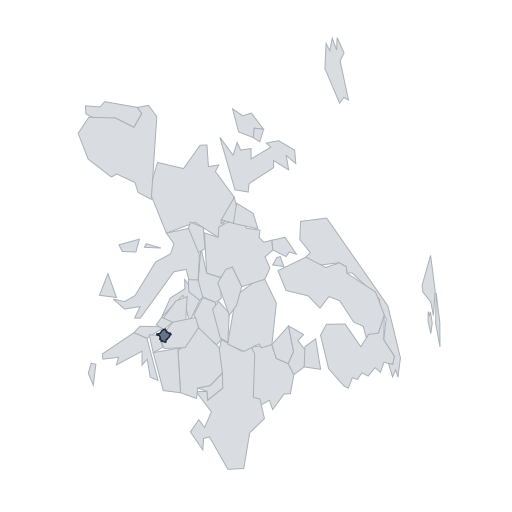 Europe, with Kosovo highlighted, rotated 85°
{"feature_id": "XKX", "entity_name": "Kosovo", "entity_type": "country or territory", "adm_level": 0, "iso_a3": "XKX", "parent_name": "Europe", "parent_adm1": "", "projection": "equal_earth", "projection_center": [20.84, 42.557], "detail": "fine", "context": "in_parent", "style": "filled", "palette": "slate", "viewbox_px": 512, "rotation_deg": 85, "n_neighbors": 37, "source": "natural_earth", "source_scale": "50m", "svg_char_len": 8330}
<svg xmlns="http://www.w3.org/2000/svg" viewBox="0 0 512 512"><g transform="rotate(85 256 256)"><path d="M270.6,82.0L306.2,80.6L330.9,84.4L317.1,85.9L306.4,92.9L299.7,93.1L270.6,82.0ZM388.4,130.5L373.7,133.6L375.8,129.3L368.0,126.9L350.6,136.1L329.5,131.7L321.2,137.7L309.9,136.6L281.2,161.8L281.0,167.0L274.7,166.9L270.0,173.7L270.7,196.5L261.5,206.5L257.4,201.6L243.4,210.9L225.4,208.6L224.4,182.3L317.2,129.0L370.1,121.0L389.0,125.2L381.5,126.8L388.4,130.5ZM362.6,80.6L338.9,82.9L308.3,79.8L338.3,78.7L362.6,80.6ZM348.4,88.6L336.2,90.3L326.4,89.3L330.2,88.3L326.9,87.1L338.3,86.3L348.4,88.6Z" fill="#d9dde1" stroke="#a8b0b8" stroke-width="1"/><path d="M195.7,272.5L234.1,292.1L217.2,313.8L225.4,343.3L181.5,356.7L154.2,345.9L162.6,320.6L140.8,302.1L141.1,295.2L162.8,295.6L162.0,285.1L168.3,289.1L195.7,272.5ZM234.2,364.3L239.8,350.0L237.6,366.4L234.2,364.3Z" fill="#d9dde1" stroke="#a8b0b8" stroke-width="1"/><path d="M261.5,206.5L273.5,187.4L270.0,173.7L274.7,166.9L281.0,167.0L302.3,140.1L325.9,133.3L343.5,140.6L346.1,153.4L335.4,155.3L330.4,164.4L307.8,176.5L302.8,187.0L313.5,196.8L300.2,207.6L293.0,229.1L272.5,235.4L261.5,206.5Z" fill="#d9dde1" stroke="#a8b0b8" stroke-width="1"/><path d="M377.4,228.6L396.2,233.8L395.9,240.1L410.4,252.8L400.8,255.3L404.9,263.9L396.6,271.0L346.2,268.6L345.6,247.9L359.8,244.7L366.0,233.3L377.4,228.6Z" fill="#d9dde1" stroke="#a8b0b8" stroke-width="1"/><path d="M433.2,324.1L444.6,325.9L425.5,336.7L414.2,327.3L422.3,322.2L407.5,314.0L385.9,327.5L386.7,316.5L395.4,316.7L384.6,300.6L356.7,304.1L336.2,297.7L349.3,279.1L346.2,268.6L353.5,265.8L396.6,271.0L398.8,264.5L418.7,261.8L431.6,277.7L466.6,286.7L466.1,302.6L432.2,318.1L433.2,324.1Z" fill="#d9dde1" stroke="#a8b0b8" stroke-width="1"/><path d="M345.6,247.9L348.0,258.7L343.8,260.5L350.0,276.6L341.2,292.0L293.4,279.1L279.3,256.1L280.0,249.3L304.7,239.8L345.6,247.9Z" fill="#d9dde1" stroke="#a8b0b8" stroke-width="1"/><path d="M298.7,300.5L291.2,314.2L280.9,316.6L243.0,310.2L268.7,306.7L274.2,293.4L295.3,294.3L298.7,300.5Z" fill="#d9dde1" stroke="#a8b0b8" stroke-width="1"/><path d="M336.2,297.7L340.8,302.8L328.4,317.7L309.2,323.1L292.7,312.6L298.7,300.5L336.2,297.7Z" fill="#d9dde1" stroke="#a8b0b8" stroke-width="1"/><path d="M369.5,299.6L384.6,300.6L395.4,316.7L386.7,316.5L382.4,325.7L381.1,313.0L369.5,299.6Z" fill="#d9dde1" stroke="#a8b0b8" stroke-width="1"/><path d="M382.4,325.7L392.8,327.6L385.6,343.1L343.0,342.0L322.4,319.5L344.0,300.8L369.5,299.6L381.1,313.0L382.4,325.7Z" fill="#d9dde1" stroke="#a8b0b8" stroke-width="1"/><path d="M366.0,233.3L359.8,244.7L345.6,247.9L328.5,229.7L354.6,226.9L366.0,233.3Z" fill="#d9dde1" stroke="#a8b0b8" stroke-width="1"/><path d="M370.7,217.7L377.4,228.6L366.0,233.3L354.6,226.9L328.5,229.7L338.4,215.4L343.9,221.6L356.2,213.7L370.7,217.7Z" fill="#d9dde1" stroke="#a8b0b8" stroke-width="1"/><path d="M374.5,201.5L370.7,217.7L350.5,215.1L343.7,203.8L374.5,201.5Z" fill="#d9dde1" stroke="#a8b0b8" stroke-width="1"/><path d="M280.0,249.3L285.3,272.9L265.0,280.6L274.2,293.4L268.7,306.7L228.5,305.3L234.1,292.1L223.8,290.4L220.1,281.8L221.2,266.2L227.6,262.8L230.7,249.8L237.7,251.3L242.9,247.0L241.7,238.8L251.4,238.7L257.8,247.1L269.1,243.1L280.0,249.3Z" fill="#d9dde1" stroke="#a8b0b8" stroke-width="1"/><path d="M340.8,337.9L343.0,342.0L385.6,343.1L382.0,360.1L343.3,366.8L340.8,337.9Z" fill="#d9dde1" stroke="#a8b0b8" stroke-width="1"/><path d="M370.6,429.3L358.2,433.3L348.4,429.5L349.9,425.0L370.6,429.3ZM328.4,371.8L371.4,364.5L367.4,372.0L349.3,373.4L354.8,379.1L340.9,377.8L352.3,404.6L345.0,401.8L345.4,417.5L340.2,417.6L321.7,384.2L328.4,371.8Z" fill="#d9dde1" stroke="#a8b0b8" stroke-width="1"/><path d="M328.4,371.8L321.7,384.2L315.9,377.8L318.6,353.2L328.4,371.8Z" fill="#d9dde1" stroke="#a8b0b8" stroke-width="1"/><path d="M295.3,315.9L316.2,328.1L288.7,332.2L308.8,355.3L290.4,345.1L282.4,329.7L273.1,329.1L295.3,315.9Z" fill="#d9dde1" stroke="#a8b0b8" stroke-width="1"/><path d="M244.1,306.2L249.1,316.1L225.6,322.9L216.7,318.1L223.0,306.0L244.1,306.2Z" fill="#d9dde1" stroke="#a8b0b8" stroke-width="1"/><path d="M218.2,282.2L220.6,288.0L216.9,287.4L218.2,282.2Z" fill="#d9dde1" stroke="#a8b0b8" stroke-width="1"/><path d="M221.5,275.7L216.9,287.4L195.7,272.5L213.7,269.6L221.5,275.7Z" fill="#d9dde1" stroke="#a8b0b8" stroke-width="1"/><path d="M229.2,251.7L221.5,275.7L201.7,270.7L213.3,255.1L229.2,251.7Z" fill="#d9dde1" stroke="#a8b0b8" stroke-width="1"/><path d="M97.6,361.3L104.1,357.3L117.2,366.4L106.2,384.2L107.8,400.2L99.7,413.1L91.5,412.8L93.9,398.2L89.1,393.3L97.6,361.3Z" fill="#d9dde1" stroke="#a8b0b8" stroke-width="1"/><path d="M103.2,410.4L106.2,384.2L117.2,366.4L104.1,357.3L97.6,361.3L96.6,349.9L108.5,342.7L190.5,355.4L182.4,367.9L172.3,370.1L162.2,387.5L164.7,393.3L144.8,414.8L118.3,422.5L103.2,410.4Z" fill="#d9dde1" stroke="#a8b0b8" stroke-width="1"/><path d="M137.8,248.3L130.9,262.5L107.4,266.5L115.1,257.1L113.3,248.2L130.4,237.4L128.5,246.6L137.8,248.3Z" fill="#d9dde1" stroke="#a8b0b8" stroke-width="1"/><path d="M250.0,312.2L274.8,315.8L275.4,324.7L263.2,326.7L264.6,339.3L307.9,376.8L307.2,382.3L296.3,375.9L297.4,391.6L286.5,401.9L290.0,391.0L284.9,379.9L253.2,356.6L246.5,341.0L236.8,336.6L225.4,343.3L222.6,320.8L250.0,312.2ZM260.7,405.0L285.2,398.6L281.5,415.4L260.7,405.0ZM229.1,370.7L241.6,375.3L239.8,388.8L232.9,391.6L229.1,370.7Z" fill="#d9dde1" stroke="#a8b0b8" stroke-width="1"/><path d="M251.4,238.7L241.7,238.8L239.9,225.5L257.7,215.6L254.9,222.5L259.2,226.1L251.4,238.7ZM269.0,229.1L266.3,240.2L259.4,235.4L258.7,231.9L269.0,229.1Z" fill="#d9dde1" stroke="#a8b0b8" stroke-width="1"/><path d="M137.8,248.3L128.5,246.6L130.4,237.4L142.6,242.3L137.8,248.3ZM158.8,252.4L148.9,231.8L144.4,235.9L143.1,223.4L153.9,208.3L167.4,208.3L158.5,217.1L173.0,216.0L162.5,230.2L169.5,230.8L183.3,256.6L191.6,258.2L188.2,271.2L134.7,281.6L153.6,270.0L141.3,264.9L149.2,262.1L148.5,251.6L158.8,252.4Z" fill="#d9dde1" stroke="#a8b0b8" stroke-width="1"/><path d="M108.6,150.3L105.6,154.7L111.1,159.4L75.2,171.0L50.4,167.7L57.9,164.5L45.6,161.1L57.8,157.7L45.4,156.1L61.3,150.6L69.1,155.2L108.6,150.3Z" fill="#d9dde1" stroke="#a8b0b8" stroke-width="1"/><path d="M274.8,315.8L292.7,312.6L295.3,315.9L285.8,326.0L273.7,325.6L274.8,315.8Z" fill="#d9dde1" stroke="#a8b0b8" stroke-width="1"/><path d="M375.8,129.3L373.1,137.9L382.8,142.2L377.6,147.1L385.4,154.7L381.7,160.7L387.8,165.9L385.7,170.6L395.6,175.6L393.5,179.4L374.6,193.5L340.5,198.6L330.2,191.8L331.5,173.2L355.6,159.5L343.9,150.7L343.5,140.6L325.9,133.3L350.6,136.1L368.0,126.9L375.8,129.3Z" fill="#d9dde1" stroke="#a8b0b8" stroke-width="1"/><path d="M339.6,291.5L334.6,298.7L305.1,303.9L298.0,297.2L310.5,287.7L339.6,291.5Z" fill="#d9dde1" stroke="#a8b0b8" stroke-width="1"/><path d="M285.3,272.9L303.4,279.7L312.6,287.7L279.5,296.4L266.6,287.2L265.0,280.6L285.3,272.9Z" fill="#d9dde1" stroke="#a8b0b8" stroke-width="1"/><path d="M309.6,353.6L293.9,339.8L290.4,328.2L316.0,331.8L316.5,344.5L309.6,353.6Z" fill="#d9dde1" stroke="#a8b0b8" stroke-width="1"/><path d="M338.9,356.9L343.3,366.8L325.2,369.3L326.5,359.6L338.9,356.9Z" fill="#d9dde1" stroke="#a8b0b8" stroke-width="1"/><path d="M312.0,321.6L322.4,319.5L341.1,334.6L340.1,355.5L332.7,357.7L326.9,347.4L322.6,352.0L314.7,344.9L312.0,321.6Z" fill="#d9dde1" stroke="#a8b0b8" stroke-width="1"/><path d="M321.2,354.2L315.8,361.4L308.8,355.3L314.7,344.9L321.2,354.2Z" fill="#d9dde1" stroke="#a8b0b8" stroke-width="1"/><path d="M323.3,351.9L324.2,351.6L324.4,351.3L324.1,350.9L324.3,350.6L325.4,349.8L325.6,349.4L325.7,349.2L325.5,348.8L325.3,348.4L325.4,348.2L326.0,347.9L326.5,347.6L326.8,347.6L326.9,347.8L326.9,348.0L327.1,348.4L327.4,348.6L328.0,349.0L328.7,349.2L329.2,349.7L330.0,350.6L330.1,351.0L330.7,351.4L331.3,351.8L331.3,352.6L333.3,353.3L333.8,353.3L334.0,353.4L334.0,353.6L333.9,354.2L333.0,355.9L332.9,356.3L332.3,356.6L332.3,356.8L332.4,357.3L332.6,357.7L331.3,357.9L330.8,358.3L330.6,358.8L330.5,359.1L330.2,359.1L329.9,358.8L329.4,358.4L328.7,358.4L326.6,359.4L326.4,359.9L326.3,361.1L326.2,361.4L325.9,361.6L325.0,361.5L324.9,361.4L325.1,361.0L325.0,360.0L324.6,358.4L324.3,357.9L323.7,357.4L323.3,357.0L322.5,356.7L322.0,355.9L321.4,354.9L321.1,354.7L321.3,353.8L321.1,353.3L320.9,352.8L321.1,352.5L321.6,352.5L322.1,352.6L322.3,352.1L323.3,351.9Z" fill="#64748b" stroke="#1e293b" stroke-width="1.5"/></g></svg>